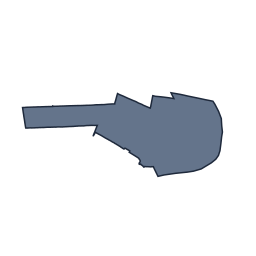 the district of Pristol, Mehedinti, Romania, rotated 237°
{"feature_id": "2599482B70848507308942", "entity_name": "Pristol", "entity_type": "district", "adm_level": 2, "iso_a3": "ROU", "parent_name": "Romania", "parent_adm1": "Mehedinti", "projection": "equal_earth", "projection_center": [22.733, 44.25], "detail": "fine", "context": "isolated", "style": "filled", "palette": "slate", "viewbox_px": 256, "rotation_deg": 237, "n_neighbors": 0, "source": "geoboundaries", "source_scale": "gbopen_adm2", "svg_char_len": 4619}
<svg xmlns="http://www.w3.org/2000/svg" viewBox="0 0 256 256"><g transform="rotate(237 128 128)"><path d="M187.4,76.9L187.0,76.7L187.3,76.1L188.0,75.0L188.5,74.2L188.9,73.6L189.4,72.8L190.6,70.8L191.0,70.2L191.7,69.0L192.8,67.2L193.7,65.6L194.4,64.6L195.4,62.9L196.5,61.0L197.4,59.6L198.5,57.7L199.0,56.9L200.1,55.1L200.5,54.4L201.1,53.4L201.4,52.7L202.3,51.2L202.6,50.7L200.4,49.7L198.3,48.7L196.0,47.7L194.3,46.9L192.9,46.3L191.5,45.7L188.9,44.5L187.1,43.7L186.0,43.2L183.7,42.2L183.1,43.1L183.0,43.3L182.9,43.4L182.7,43.7L182.5,44.1L181.8,45.3L181.6,45.7L181.0,46.7L180.8,46.8L179.8,48.5L179.6,48.8L179.3,49.3L179.1,49.6L178.6,50.5L178.4,50.9L178.2,51.3L177.8,51.8L177.7,52.0L177.4,52.5L176.9,53.4L176.7,53.8L176.3,54.4L176.2,54.6L175.9,55.0L175.7,55.4L174.9,56.7L174.2,57.8L173.1,59.8L172.6,60.7L171.6,62.3L171.3,62.7L170.5,64.0L170.3,64.5L169.7,65.3L169.4,65.9L169.1,66.3L168.9,66.7L168.7,67.1L168.5,67.3L168.0,68.0L167.9,68.3L167.7,68.6L167.4,69.2L167.3,69.4L167.0,70.0L166.4,70.8L166.2,71.2L166.0,71.5L165.7,71.8L165.5,72.2L165.2,72.7L164.9,73.0L164.7,73.3L164.0,74.7L163.8,75.0L163.4,75.7L162.8,76.8L162.6,77.1L162.4,77.4L162.1,78.0L161.9,78.3L161.0,79.9L160.8,80.2L160.6,80.5L160.1,81.4L159.9,81.6L159.6,82.3L159.3,82.6L158.2,84.8L157.9,85.2L157.4,86.3L157.2,86.5L156.9,87.0L156.8,87.4L156.3,88.1L156.2,88.4L155.8,88.9L155.3,89.8L155.2,90.0L154.7,90.7L154.4,91.3L154.2,91.5L153.9,92.0L153.5,92.8L153.3,93.3L152.9,94.0L152.7,94.4L152.6,94.7L152.3,95.1L152.2,95.4L151.9,95.7L151.5,96.4L151.4,96.7L151.0,97.3L150.7,97.7L150.6,97.9L150.6,98.1L149.9,99.1L148.9,100.6L148.0,101.9L147.3,103.1L147.0,103.4L146.9,103.6L146.7,103.3L145.8,102.1L144.4,100.1L143.6,99.0L142.7,97.8L142.0,96.7L141.6,96.1L140.6,94.8L140.5,94.7L140.4,94.8L141.4,96.9L141.7,97.4L141.9,97.9L142.0,98.1L142.1,98.3L141.6,98.6L141.0,98.8L140.9,98.9L140.8,99.0L140.6,99.1L140.3,99.2L139.7,99.6L139.3,99.8L139.0,99.9L137.9,100.6L137.7,100.7L136.4,101.4L136.3,101.5L136.2,101.5L135.6,101.8L135.4,101.9L134.8,102.2L134.5,102.3L134.4,102.4L132.7,103.2L132.5,103.3L132.3,103.4L131.7,103.7L131.2,104.0L130.8,104.2L130.6,104.3L130.4,104.5L130.2,104.5L129.9,104.7L129.7,104.8L129.5,105.0L129.4,105.0L129.0,105.2L128.4,105.4L128.3,105.5L127.9,105.8L127.5,106.0L126.9,106.3L126.7,106.4L126.3,106.6L126.1,106.7L125.2,107.1L124.6,107.4L124.3,107.6L124.1,107.7L123.3,108.2L123.0,108.4L122.9,108.4L122.7,108.4L122.2,108.6L121.8,108.8L121.4,109.1L121.2,109.2L120.2,109.6L119.9,109.8L119.3,110.1L119.1,110.2L118.8,110.3L118.2,110.6L117.8,110.8L117.3,111.0L117.1,111.2L116.2,111.5L115.8,111.6L115.3,111.9L115.2,111.9L114.6,112.2L114.1,112.4L113.6,112.6L113.4,112.7L112.9,112.9L112.7,113.0L112.5,113.3L112.5,113.6L112.7,113.9L112.8,114.0L112.7,114.3L112.4,114.7L112.1,114.9L111.9,115.0L111.6,115.1L111.4,115.2L110.4,115.7L110.2,115.7L110.1,115.8L109.9,116.0L109.6,116.1L109.4,116.3L109.1,116.4L108.9,116.5L108.7,116.6L108.2,116.8L107.9,116.9L107.7,117.0L107.0,115.8L106.8,115.9L105.3,116.6L103.4,117.5L101.1,118.6L98.9,119.6L97.6,120.2L97.4,120.3L97.2,120.3L96.9,120.4L96.8,120.5L96.7,120.5L96.3,120.5L95.8,120.5L95.7,120.4L94.9,120.5L94.5,120.5L94.4,120.5L94.2,120.5L93.9,120.4L93.5,120.1L93.4,120.0L93.2,119.9L93.1,119.7L92.9,119.2L92.7,118.9L92.6,118.5L92.4,118.1L92.2,118.0L91.9,118.0L91.8,118.3L91.7,118.4L91.4,118.3L91.1,118.5L90.9,118.5L90.9,118.3L90.7,118.5L90.5,118.8L90.5,119.0L90.3,119.0L87.9,119.8L86.9,119.9L86.7,119.9L86.4,120.6L86.6,121.1L85.7,122.1L85.0,123.2L83.2,125.7L82.9,126.0L82.8,126.3L82.8,126.6L82.1,127.5L82.0,128.0L81.8,128.2L79.3,127.8L71.1,126.8L69.0,132.6L64.1,143.2L58.7,153.7L56.1,159.5L53.8,167.1L53.6,173.1L53.4,178.9L54.0,184.6L55.7,188.9L57.7,191.3L58.8,192.7L64.2,197.3L69.7,201.8L73.2,205.0L78.6,207.7L81.8,209.5L85.1,211.4L92.6,213.0L100.6,213.8L104.2,213.8L105.4,212.6L106.7,211.3L109.2,208.7L111.3,206.6L114.4,203.5L122.6,195.2L125.0,192.9L127.7,190.2L130.5,187.2L132.6,184.9L134.1,183.3L132.2,183.0L130.0,182.8L127.7,182.5L131.2,178.6L134.6,174.6L137.2,171.4L139.7,168.2L140.9,167.1L141.6,166.4L140.2,165.0L138.8,163.7L137.4,162.3L136.0,161.0L134.9,159.9L133.7,158.8L132.6,157.4L134.7,156.0L136.3,154.9L137.1,154.4L138.5,153.4L140.1,152.6L141.7,151.5L143.2,150.4L145.3,149.3L146.9,148.3L147.8,147.6L153.0,144.1L157.3,141.4L160.9,138.9L161.7,138.5L162.6,138.0L161.0,136.1L158.1,132.9L156.0,130.4L155.4,130.0L156.7,128.0L158.9,124.1L160.6,120.8L162.4,117.9L163.4,116.2L164.9,113.8L166.2,111.3L167.2,109.5L168.3,107.7L169.5,105.8L170.6,103.9L172.4,100.9L174.6,97.4L176.5,94.3L177.1,93.3L178.1,91.7L181.2,86.5L183.7,82.4L184.4,81.1L184.8,80.5L186.6,77.6L187.4,76.9Z" fill="#64748b" stroke="#1e293b" stroke-width="1.5"/></g></svg>